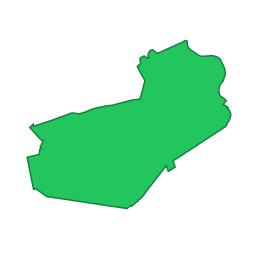 outline of Saravale, Timis, Romania, rotated 83°
{"feature_id": "2599482B63944101877376", "entity_name": "Saravale", "entity_type": "district", "adm_level": 2, "iso_a3": "ROU", "parent_name": "Romania", "parent_adm1": "Timis", "projection": "robinson", "projection_center": [20.709, 46.077], "detail": "fine", "context": "isolated", "style": "filled", "palette": "green", "viewbox_px": 256, "rotation_deg": 83, "n_neighbors": 0, "source": "geoboundaries", "source_scale": "gbopen_adm2", "svg_char_len": 4114}
<svg xmlns="http://www.w3.org/2000/svg" viewBox="0 0 256 256"><g transform="rotate(83 128 128)"><path d="M177.5,229.3L177.4,228.4L177.2,227.3L177.1,227.0L177.2,226.9L177.3,226.8L177.4,226.6L177.6,226.3L178.7,225.1L180.5,223.2L182.3,221.2L183.9,219.4L185.5,217.7L186.2,216.9L186.3,216.5L186.9,214.4L187.4,212.5L188.0,210.5L188.5,208.7L188.8,207.2L189.3,205.5L189.9,203.4L190.5,201.2L191.0,199.2L191.5,197.3L192.1,195.2L192.7,193.1L193.3,191.1L193.9,189.0L194.4,187.3L194.4,187.1L195.0,185.1L195.6,183.0L196.1,180.9L196.7,178.8L197.0,177.7L197.2,176.8L197.9,174.5L198.5,172.7L198.7,171.9L198.8,171.7L198.8,171.4L198.7,171.2L198.8,170.9L199.2,169.5L199.8,167.5L200.5,165.3L201.1,163.1L201.7,161.0L202.2,159.2L202.8,157.1L203.2,155.4L203.8,153.4L204.4,151.1L205.1,148.3L206.3,144.2L207.4,140.2L207.9,138.6L207.6,138.3L207.4,138.3L207.2,137.9L206.0,136.0L205.3,135.0L205.4,134.9L205.9,133.9L205.9,133.6L205.1,132.4L203.6,130.1L202.4,128.3L202.1,127.9L201.9,127.6L201.9,127.3L201.9,127.0L201.6,126.9L200.6,126.4L200.2,126.3L199.8,124.1L195.6,119.8L193.6,117.9L191.5,115.9L189.4,113.9L187.6,112.0L185.6,110.1L183.3,107.9L181.7,106.3L180.3,104.9L178.8,103.4L176.9,101.5L174.8,99.4L173.4,98.0L171.3,96.0L169.8,94.5L169.8,94.4L171.5,94.3L172.0,94.2L174.5,93.6L176.0,93.3L175.6,92.5L175.2,91.5L174.7,90.5L174.3,89.6L173.9,88.8L173.4,87.8L172.5,86.0L171.8,86.2L171.6,86.1L168.6,86.8L166.1,87.3L165.7,86.4L164.9,84.7L163.9,82.7L162.2,79.3L161.2,77.1L159.6,74.0L158.7,72.2L158.0,70.6L157.8,70.2L156.8,68.3L156.3,67.1L155.2,65.1L154.4,63.3L153.5,61.6L152.5,59.6L151.5,57.5L150.6,55.6L149.7,53.9L149.3,52.9L149.2,52.7L148.9,52.2L148.2,50.8L147.3,49.0L146.3,46.9L145.3,44.9L144.5,43.3L143.7,41.7L143.2,40.8L142.7,39.7L142.2,38.4L141.6,37.3L140.3,34.8L139.4,33.0L139.0,32.1L138.7,31.5L138.4,30.7L137.0,29.9L136.3,29.4L134.4,28.3L134.2,28.1L134.0,27.4L133.7,27.2L132.9,26.9L130.5,25.4L128.4,24.6L127.1,24.3L125.3,24.5L125.1,24.5L124.0,24.8L123.3,25.2L122.8,25.5L122.2,25.8L121.5,26.1L120.9,26.4L120.5,26.7L120.4,26.8L120.4,26.7L120.3,26.3L120.3,26.2L120.2,26.2L119.8,26.3L119.6,26.5L119.4,26.8L119.2,26.9L119.1,27.0L118.9,27.1L118.9,27.3L118.8,27.5L118.7,27.6L118.2,27.9L118.2,28.1L118.0,28.4L117.7,28.6L117.5,28.8L117.3,28.9L117.3,29.1L117.3,29.3L117.1,29.6L116.9,29.9L116.7,30.2L116.4,30.5L116.2,30.6L112.9,27.0L110.3,29.2L108.0,32.1L106.6,33.0L103.9,33.3L100.4,33.1L97.8,32.1L95.4,30.6L93.0,27.9L86.9,25.0L84.4,24.7L80.5,24.9L74.6,26.8L71.1,28.0L68.7,30.4L66.9,33.8L66.4,36.4L65.8,46.8L64.3,49.2L61.5,52.3L58.1,56.4L55.0,58.5L52.3,59.1L49.6,58.7L49.1,58.4L48.2,60.4L48.1,60.7L48.1,60.9L48.4,61.5L49.3,62.8L49.9,64.8L51.4,70.0L53.1,75.3L54.7,80.5L56.4,85.8L57.5,89.6L57.4,89.9L56.3,91.0L53.4,93.9L53.3,94.1L53.5,95.6L53.9,96.4L54.3,97.0L56.0,98.4L57.1,99.0L59.1,99.3L59.4,99.3L59.7,99.2L60.4,98.8L61.0,98.9L61.1,99.3L60.3,101.2L60.0,101.7L58.9,102.5L58.7,102.7L58.6,102.9L58.5,103.2L58.5,103.5L59.2,105.0L59.3,105.5L59.4,106.1L59.5,106.6L60.0,107.3L60.4,107.5L61.2,107.7L61.9,107.8L62.5,107.8L62.9,107.8L63.6,107.7L63.9,107.6L64.5,107.4L65.0,107.3L65.7,107.7L65.8,107.8L65.9,108.1L67.9,111.3L72.5,109.8L75.0,108.7L79.9,106.7L83.1,105.4L83.8,105.7L90.2,108.2L92.9,109.3L97.1,111.0L99.2,112.1L100.1,112.6L100.4,112.7L100.9,112.7L100.9,114.2L100.8,117.4L100.8,118.9L100.7,120.0L100.8,120.6L101.0,120.9L100.9,121.9L101.2,124.3L102.0,129.6L102.1,130.1L102.2,131.4L102.8,136.0L103.5,140.3L103.5,141.7L103.4,145.4L103.4,146.4L103.5,146.8L103.5,147.1L103.8,151.7L104.0,153.1L104.1,155.2L104.1,155.7L104.7,159.4L104.9,160.9L105.1,161.6L105.3,162.7L106.0,164.9L106.1,165.5L106.9,168.0L108.0,174.5L106.2,181.5L106.9,184.6L107.2,185.9L108.1,189.9L109.4,196.0L109.7,196.6L110.9,201.9L112.0,207.5L113.6,215.6L114.7,221.3L112.6,221.6L113.6,222.9L115.5,225.5L124.1,219.4L129.1,215.9L130.2,213.7L135.2,216.7L135.2,217.0L135.3,217.1L135.4,217.3L135.5,217.3L136.2,217.1L137.8,216.8L138.1,218.1L142.2,219.1L143.4,219.4L143.7,222.5L144.0,224.7L144.3,227.3L144.8,231.7L148.1,231.4L152.9,231.1L159.6,230.6L160.5,230.5L161.3,230.4L164.4,230.2L170.6,229.8L170.8,229.7L176.8,229.3L177.5,229.3Z" fill="#22c55e" stroke="#15803d" stroke-width="1.5"/></g></svg>